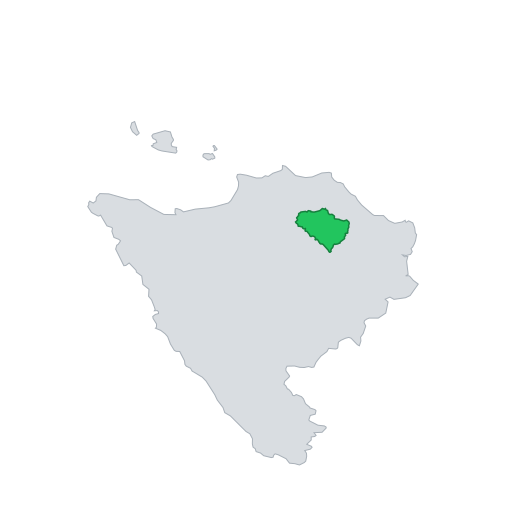 Spain, with Jaén highlighted, rotated 226°
{"feature_id": "ESP-5826", "entity_name": "Jaén", "entity_type": "Autonomous Community", "adm_level": 1, "iso_a3": "ESP", "parent_name": "Spain", "parent_adm1": "", "projection": "mercator", "projection_center": [-3.264, 37.956], "detail": "fine", "context": "in_parent", "style": "filled", "palette": "green", "viewbox_px": 512, "rotation_deg": 226, "n_neighbors": 0, "source": "natural_earth", "source_scale": "10m", "svg_char_len": 6284}
<svg xmlns="http://www.w3.org/2000/svg" viewBox="0 0 512 512"><g transform="rotate(226 256 256)"><path d="M273.9,133.5L273.9,134.8L276.1,137.2L282.6,138.6L284.2,139.7L283.9,143.0L282.3,145.9L283.7,147.1L285.3,147.1L287.2,144.8L287.6,146.3L290.5,147.7L297.0,150.4L301.6,150.7L306.4,155.9L314.1,154.9L321.0,159.9L327.5,158.8L329.0,159.8L339.1,159.9L339.6,155.8L340.8,154.2L358.4,159.8L360.5,163.3L360.1,165.0L361.0,169.1L363.3,168.9L368.0,166.7L373.9,169.5L375.5,171.9L376.7,172.1L381.2,169.7L393.4,172.6L393.9,170.7L394.7,170.1L399.8,168.4L401.9,168.0L408.4,169.3L409.2,171.6L410.5,172.5L411.0,174.5L407.2,175.7L406.8,179.1L409.1,182.0L409.4,187.0L402.9,193.3L384.2,204.2L378.1,210.6L364.2,213.9L349.9,218.6L341.3,227.1L343.5,227.8L346.1,230.7L345.2,232.0L341.5,233.9L338.1,234.5L331.9,244.9L323.3,255.7L320.1,260.5L313.3,273.0L313.3,276.5L316.6,288.8L318.5,292.0L321.2,294.8L326.3,297.0L327.5,299.3L325.8,301.5L320.7,305.3L311.9,310.4L308.1,314.5L307.3,318.4L304.7,320.1L303.8,325.6L300.2,333.2L300.0,335.1L302.7,337.9L300.0,339.6L286.4,340.3L278.0,346.1L273.8,351.4L270.0,361.0L265.4,366.7L263.3,367.8L260.2,365.3L256.2,364.9L252.4,365.7L250.3,367.7L247.2,368.8L244.1,367.8L237.5,367.3L234.5,367.4L229.9,369.0L225.9,367.9L219.3,367.4L204.8,368.7L202.9,369.3L196.5,375.8L189.5,375.9L183.1,378.5L178.9,384.8L178.1,388.1L176.8,387.3L175.8,387.6L175.3,390.2L170.9,391.8L166.0,389.7L161.9,386.6L159.8,386.4L156.3,381.5L154.8,378.4L153.7,375.1L153.7,372.7L150.6,371.4L149.8,368.3L152.1,364.3L155.1,362.1L152.3,362.3L150.2,364.9L147.6,360.7L137.1,352.7L137.7,349.8L135.9,352.0L134.7,352.5L129.3,352.2L123.1,353.2L120.5,339.4L122.1,334.6L129.0,325.1L133.4,323.8L135.2,318.9L131.2,319.1L124.8,309.7L126.4,300.8L132.8,294.2L133.8,291.5L134.1,289.0L132.9,287.3L129.4,286.3L125.8,279.3L125.0,274.9L122.0,272.4L119.6,268.0L121.8,267.3L130.8,267.3L133.0,266.2L134.7,263.2L136.4,258.4L136.8,255.4L133.3,251.2L133.1,250.3L133.6,248.8L139.1,244.1L138.0,240.6L138.9,233.1L138.4,228.7L137.8,225.2L135.9,220.5L137.2,218.6L140.0,217.0L142.3,213.2L145.7,210.0L150.0,207.4L155.2,201.8L154.3,199.3L152.6,197.8L146.3,196.8L145.9,195.6L145.9,189.5L144.3,187.0L142.0,187.3L138.5,186.2L137.6,186.9L133.2,186.7L130.1,185.6L128.8,186.6L128.4,188.7L123.2,191.0L120.2,190.9L115.4,189.0L109.9,189.6L109.3,189.2L104.6,191.7L103.0,191.7L101.1,188.7L103.6,184.3L101.4,180.1L100.0,180.0L91.3,183.0L86.3,187.1L84.2,187.6L83.5,186.9L83.3,181.1L88.6,175.0L85.2,174.6L85.4,172.8L87.5,170.0L85.3,167.9L85.3,161.7L80.6,163.7L79.4,163.4L79.3,160.9L82.2,155.9L79.1,155.3L76.8,153.4L73.9,149.3L73.9,147.2L75.5,142.1L79.6,139.7L83.7,136.2L89.3,136.8L97.6,133.9L100.4,132.3L100.4,130.2L99.4,128.6L100.2,127.1L107.0,122.8L111.1,122.4L115.2,120.2L118.0,121.6L120.5,121.1L123.3,122.8L127.0,126.5L132.4,128.1L136.7,126.9L158.7,126.5L165.0,124.7L169.9,127.0L179.3,128.1L184.9,130.0L200.6,133.2L206.2,133.2L217.6,130.1L220.7,130.9L225.2,129.3L227.4,129.6L230.3,131.8L240.3,134.8L242.9,132.3L244.9,131.7L252.1,133.3L259.3,136.4L263.1,136.6L268.6,135.8L273.9,133.5ZM406.6,263.5L409.2,264.7L411.9,263.6L413.4,264.0L414.8,264.5L415.1,266.7L409.3,277.6L404.7,280.6L400.0,278.2L397.3,277.6L396.5,276.8L395.9,273.3L394.7,272.2L392.9,271.7L389.3,274.4L388.2,272.6L386.5,272.2L385.8,271.1L385.8,269.7L396.9,261.3L400.2,259.4L407.0,257.2L408.0,257.5L407.1,258.8L408.1,260.0L406.6,263.5ZM438.1,259.1L437.0,262.1L428.7,258.1L426.0,257.6L425.4,257.0L425.7,254.0L431.2,253.5L435.7,255.0L438.1,259.1ZM360.9,293.8L360.0,295.9L355.9,295.2L355.0,294.3L355.9,291.9L357.0,291.6L357.1,289.9L358.4,288.2L364.2,286.8L365.5,288.0L365.7,289.7L362.3,293.3L360.9,293.8ZM364.9,302.3L364.3,302.8L359.9,302.3L359.8,301.0L360.7,299.0L362.3,300.9L364.9,301.3L364.9,302.3Z" fill="#d9dde1" stroke="#a8b0b8" stroke-width="1"/><path d="M253.7,322.6L252.2,323.2L252.3,325.1L250.3,326.6L249.9,326.3L249.8,326.2L249.6,326.3L247.2,328.3L244.5,333.0L244.2,333.9L244.1,336.7L242.1,337.8L241.9,338.9L240.7,338.5L240.1,338.5L239.6,338.7L239.1,339.1L236.5,337.7L235.5,337.6L234.7,337.8L234.1,338.4L233.5,339.3L233.0,339.7L230.8,340.1L230.1,340.0L228.9,338.7L228.3,338.4L227.9,338.5L224.6,341.3L223.1,341.7L220.2,343.5L218.9,346.2L215.9,346.4L214.6,345.6L213.6,343.8L212.3,342.8L212.1,342.4L211.7,341.0L210.4,339.7L209.7,338.5L209.1,338.3L208.9,338.0L209.0,337.5L209.8,336.6L210.0,336.2L210.0,335.6L209.6,335.3L208.7,335.0L208.5,334.4L208.4,333.0L208.1,332.6L207.4,332.2L207.1,331.9L207.0,331.4L207.6,326.6L207.0,325.2L207.5,324.7L207.8,323.5L207.9,323.2L209.4,321.0L210.1,320.7L210.1,319.2L209.3,318.0L209.0,317.3L208.8,316.6L208.9,315.4L208.1,313.8L208.1,313.7L207.2,313.3L207.2,312.1L207.3,311.8L207.5,311.6L208.3,311.5L208.8,311.6L209.9,312.0L217.5,312.3L218.4,312.1L218.9,311.9L219.2,311.4L219.4,311.1L219.8,310.9L220.2,310.8L220.6,310.7L220.9,310.7L221.1,310.9L221.6,311.0L221.8,311.0L222.0,310.9L222.9,311.2L223.4,311.3L224.8,311.6L225.2,311.6L225.5,311.5L225.7,311.4L225.8,311.2L225.9,310.4L226.0,310.2L226.3,310.0L226.6,309.9L226.9,310.0L227.0,310.2L227.1,310.4L227.2,310.6L227.2,310.8L227.4,311.1L227.5,311.2L228.4,311.4L228.9,311.5L229.2,311.5L229.5,311.4L230.2,311.1L230.9,310.7L231.2,310.3L231.4,310.1L231.4,309.9L231.5,309.6L231.6,309.4L231.8,309.1L232.2,308.9L232.8,308.8L233.2,308.8L233.5,309.0L234.0,309.2L234.5,309.4L235.0,309.5L236.9,309.6L237.8,309.8L238.2,309.8L238.4,309.7L238.8,309.3L239.6,308.8L239.9,308.8L240.1,308.9L240.3,309.2L240.9,310.1L241.2,310.5L241.5,310.6L241.6,310.3L241.7,309.9L241.9,309.7L242.4,309.3L242.8,309.1L243.2,309.0L243.6,309.0L243.8,309.1L244.1,309.2L244.3,309.4L244.6,309.5L244.8,309.5L245.0,309.4L245.2,309.2L245.3,309.1L245.5,308.9L246.4,308.4L246.6,308.3L246.7,308.2L247.1,308.0L247.7,307.5L247.7,307.4L248.1,307.1L249.1,307.7L250.2,308.2L250.7,308.0L251.1,307.9L251.5,307.8L252.3,307.9L252.7,308.0L252.9,308.2L253.0,308.2L253.0,308.3L252.9,308.8L253.0,309.3L253.0,309.5L253.0,310.0L252.9,310.5L253.0,310.7L253.1,310.9L253.4,311.2L255.2,311.7L255.3,311.9L255.2,312.4L255.3,312.6L255.3,312.9L255.4,313.1L255.5,313.6L255.5,314.2L255.5,314.5L255.5,314.8L255.7,315.1L256.5,315.7L256.7,316.0L256.8,316.3L256.8,316.5L256.7,317.0L256.6,317.4L256.5,317.5L256.4,317.6L256.3,317.9L256.4,318.3L256.5,318.6L256.4,318.9L254.8,321.1L254.5,321.5L254.3,321.7L254.0,322.2L253.7,322.6Z" fill="#22c55e" stroke="#15803d" stroke-width="1.5"/></g></svg>